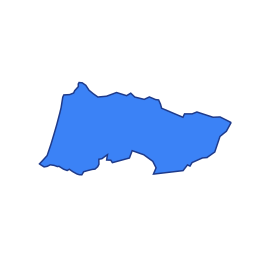 the district of Argaka, Paphos, Cyprus, rotated 335°
{"feature_id": "46923920B98204457284420", "entity_name": "Argaka", "entity_type": "district", "adm_level": 2, "iso_a3": "CYP", "parent_name": "Cyprus", "parent_adm1": "Paphos", "projection": "mercator", "projection_center": [32.504, 35.066], "detail": "fine", "context": "isolated", "style": "filled", "palette": "blue", "viewbox_px": 256, "rotation_deg": 335, "n_neighbors": 0, "source": "geoboundaries", "source_scale": "gbopen_adm2", "svg_char_len": 1188}
<svg xmlns="http://www.w3.org/2000/svg" viewBox="0 0 256 256"><g transform="rotate(335 128 128)"><path d="M223.3,166.0L216.1,156.9L209.6,154.2L197.2,142.6L192.1,142.3L185.2,139.1L182.3,141.5L166.8,124.3L167.5,120.2L167.6,115.5L165.0,113.9L160.5,108.9L154.8,108.9L147.2,102.8L145.2,97.6L140.4,98.1L132.6,91.0L121.9,90.1L113.8,87.2L110.9,82.1L108.6,77.2L107.8,71.5L105.6,67.7L102.9,66.1L101.5,67.1L100.5,69.5L95.5,71.6L93.5,73.3L89.3,73.1L83.8,70.9L81.9,72.5L75.9,81.4L72.3,85.9L64.9,94.8L58.6,102.0L51.3,110.2L43.1,118.8L37.4,121.2L32.6,123.1L32.9,123.7L34.2,125.8L35.5,127.8L38.5,128.6L42.0,128.5L45.3,130.7L47.7,133.1L49.3,133.6L52.2,138.1L54.9,140.8L57.4,140.6L59.3,143.9L61.0,146.3L62.4,148.2L64.2,149.8L66.4,150.9L69.3,148.9L73.3,149.5L78.0,150.4L80.7,151.3L84.1,150.3L86.3,148.6L87.5,145.9L88.4,144.0L91.4,144.8L96.3,143.8L98.1,143.5L95.1,148.0L98.8,149.9L99.2,152.8L116.6,155.8L122.2,150.3L131.0,158.9L136.4,168.7L136.6,176.0L131.6,180.5L132.1,180.7L159.9,189.9L166.3,186.6L168.1,188.7L171.5,186.4L178.5,186.5L182.9,186.6L187.2,188.2L187.3,188.1L196.5,186.4L207.8,174.5L215.8,172.5L223.4,166.9L223.1,166.2L223.3,166.0Z" fill="#3b82f6" stroke="#1e3a8a" stroke-width="1.5"/></g></svg>